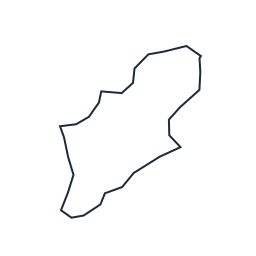 the district of Kumla, Orebro, Sweden, rotated 150°
{"feature_id": "70781695B57717414810507", "entity_name": "Kumla", "entity_type": "district", "adm_level": 2, "iso_a3": "SWE", "parent_name": "Sweden", "parent_adm1": "Orebro", "projection": "orthographic", "projection_center": [15.16, 59.145], "detail": "fine", "context": "isolated", "style": "outline", "palette": "slate", "viewbox_px": 256, "rotation_deg": 150, "n_neighbors": 0, "source": "geoboundaries", "source_scale": "gbopen_adm2", "svg_char_len": 539}
<svg xmlns="http://www.w3.org/2000/svg" viewBox="0 0 256 256"><g transform="rotate(150 128 128)"><path d="M28.9,153.9L36.4,169.8L58.6,176.2L73.5,181.6L92.6,176.3L101.1,164.6L116.0,161.4L132.9,173.1L140.4,164.6L156.3,157.2L171.1,157.2L186.0,163.5L188.1,151.8L194.4,132.7L198.6,114.7L212.4,102.0L227.1,90.3L226.8,89.5L221.8,78.6L210.2,74.4L190.1,75.6L180.6,83.0L162.6,79.8L145.6,86.2L114.9,87.3L92.1,85.2L95.9,101.0L88.4,114.8L72.5,120.0L47.1,125.3L37.5,140.1L31.1,152.8L28.9,153.9Z" fill="none" stroke="#1e293b" stroke-width="2"/></g></svg>